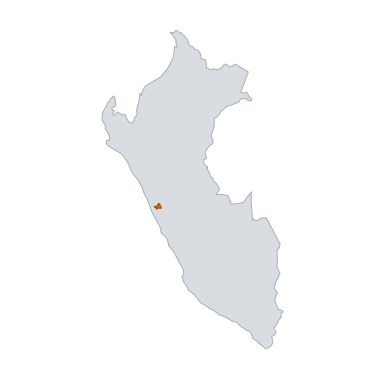 Aija, Áncash, Peru shown in context, rotated 355°
{"feature_id": "86281439B16913171463289", "entity_name": "Aija", "entity_type": "district", "adm_level": 2, "iso_a3": "PER", "parent_name": "Peru", "parent_adm1": "Áncash", "projection": "equal_earth", "projection_center": [-77.714, -9.768], "detail": "fine", "context": "in_parent", "style": "filled", "palette": "amber", "viewbox_px": 384, "rotation_deg": 355, "n_neighbors": 0, "source": "geoboundaries", "source_scale": "gbopen_adm2", "svg_char_len": 5030}
<svg xmlns="http://www.w3.org/2000/svg" viewBox="0 0 384 384"><g transform="rotate(355 192 192)"><path d="M259.5,104.7L259.4,105.9L258.4,106.4L257.4,105.6L255.9,105.9L253.7,103.2L248.5,103.6L246.2,106.8L242.7,107.4L238.9,108.9L234.6,109.5L227.8,114.5L226.3,116.6L223.2,119.6L220.7,120.6L219.5,129.7L217.0,135.0L216.1,138.0L217.4,142.4L217.3,144.5L216.0,146.3L214.8,146.5L212.5,148.3L209.1,152.4L208.5,155.5L209.6,159.6L209.2,160.0L206.3,160.8L206.4,163.1L205.8,164.0L208.2,167.2L209.6,168.0L209.6,168.8L209.4,169.7L208.9,170.0L208.8,170.7L210.5,173.2L211.8,178.0L214.3,180.4L214.3,182.0L215.0,183.5L216.3,184.7L219.3,189.5L219.4,191.8L216.2,197.0L221.4,197.0L227.1,198.7L227.9,199.6L228.6,201.9L228.7,203.4L229.8,204.7L229.7,207.5L237.3,207.5L242.1,206.8L250.1,198.2L251.4,197.4L250.7,199.3L250.6,200.7L251.0,202.2L250.1,204.3L249.8,225.4L251.3,224.2L253.1,226.2L254.5,226.3L258.8,223.9L263.9,224.3L275.3,251.8L274.3,253.6L274.3,255.0L272.9,256.2L271.4,258.4L271.2,269.3L269.9,272.6L270.6,274.3L271.2,277.8L272.2,279.8L272.5,281.2L272.4,281.7L270.7,282.9L270.6,284.8L267.6,288.7L267.1,291.3L266.0,292.2L265.7,295.1L268.3,299.9L266.6,302.8L264.9,307.0L267.5,315.9L268.5,317.2L269.7,317.1L271.4,317.9L272.3,319.3L270.1,320.9L269.8,321.7L269.9,324.6L267.5,326.8L264.3,332.4L263.5,332.7L261.9,334.3L261.6,335.2L261.9,336.0L263.2,337.6L263.3,339.7L261.0,342.2L259.4,342.5L258.8,343.1L259.4,346.6L259.4,348.1L258.9,349.9L257.7,351.9L254.3,354.0L251.3,354.3L246.2,349.2L244.6,347.1L239.5,342.8L238.8,338.2L237.1,336.0L233.9,334.3L231.5,332.0L229.6,330.9L225.0,325.7L220.8,324.1L212.9,318.7L208.7,316.9L203.2,311.8L200.3,310.4L198.0,308.1L190.8,303.0L189.7,301.4L188.6,298.9L187.0,297.4L185.2,294.0L182.6,292.0L180.0,289.3L176.9,282.2L175.4,280.5L175.3,277.3L174.3,275.8L175.8,274.7L176.8,269.6L176.3,267.1L172.6,260.3L171.9,257.4L169.3,252.2L168.3,249.0L166.2,246.8L165.3,244.8L164.1,243.9L164.0,241.5L163.2,236.9L162.1,234.6L157.8,230.3L157.4,225.6L156.4,222.3L150.5,209.0L147.1,196.3L144.2,189.1L143.0,185.0L142.9,182.9L140.7,179.1L139.6,175.6L134.7,168.9L131.9,161.5L131.5,159.3L129.6,155.2L126.5,149.9L125.0,147.8L115.7,141.3L111.3,137.2L110.8,135.2L111.0,134.0L112.0,132.9L113.3,133.7L114.1,133.4L114.7,131.9L114.7,129.7L113.9,126.9L110.9,121.3L111.7,118.9L108.7,112.5L109.4,106.3L110.1,104.7L114.6,98.4L115.8,95.7L117.7,94.0L119.7,91.5L122.1,89.6L122.8,90.2L123.5,93.6L123.4,95.8L124.0,98.3L122.4,100.6L120.6,100.1L119.9,100.7L119.6,101.7L119.9,103.5L120.4,104.2L121.7,104.2L119.9,107.5L120.1,108.2L121.3,108.8L122.5,107.9L123.8,106.1L124.6,105.8L129.1,109.0L131.2,108.6L132.8,110.1L133.0,112.5L135.3,117.1L138.7,118.2L139.2,117.8L140.0,116.1L140.8,115.8L140.9,113.3L143.8,110.5L144.3,108.7L143.9,107.4L143.9,106.3L145.6,100.3L146.2,99.6L146.7,97.7L147.4,96.5L148.4,89.7L149.2,89.8L149.9,91.4L150.8,90.9L150.4,89.4L150.5,88.9L153.8,83.5L154.8,82.3L170.5,74.8L178.3,67.1L185.2,56.3L187.4,45.5L188.2,46.2L189.5,46.0L189.0,41.6L189.3,39.5L189.3,38.9L187.1,36.3L186.3,33.4L184.4,31.8L184.5,31.1L186.5,31.7L188.3,31.5L189.8,29.7L190.9,29.8L193.5,32.3L195.4,32.5L196.0,34.3L197.9,35.6L200.5,39.3L201.7,43.4L201.6,44.2L202.8,46.3L205.3,47.3L207.9,50.4L210.5,51.3L211.7,54.0L212.4,54.9L212.8,56.4L212.4,58.3L212.8,59.2L214.7,60.9L216.4,60.9L216.7,61.7L217.7,66.2L217.0,68.5L217.3,69.7L219.5,70.8L220.1,71.8L221.8,72.0L224.3,71.0L227.4,72.4L229.7,71.9L230.8,71.5L231.9,70.5L232.8,70.6L235.2,67.7L235.9,67.5L238.5,68.7L240.6,70.7L243.3,70.3L244.4,69.1L246.3,68.4L249.8,70.8L250.6,72.0L251.5,72.2L255.2,74.6L255.9,75.6L257.9,76.5L258.3,77.3L258.2,78.1L249.3,96.6L252.1,98.1L254.6,97.2L255.9,98.4L256.9,101.4L258.9,103.4L259.5,104.7Z" fill="#d9dde1" stroke="#a8b0b8" stroke-width="1"/><path d="M159.1,202.8L159.0,202.7L159.0,202.4L158.9,202.4L159.0,202.3L159.0,202.2L158.9,202.0L158.8,201.9L158.7,201.8L158.7,201.7L158.4,201.5L158.4,201.4L158.3,201.2L158.2,201.0L158.1,200.9L158.0,200.7L157.9,200.7L157.9,200.8L157.7,201.0L157.5,201.3L157.4,201.4L157.4,201.5L157.4,201.8L157.2,201.9L157.1,202.0L156.9,202.1L156.8,201.9L156.7,202.0L156.5,202.3L156.5,202.5L156.5,202.8L156.4,202.8L156.3,203.0L156.2,203.2L156.2,203.3L156.2,203.5L155.9,203.7L155.9,203.8L155.7,203.8L155.7,203.7L155.5,203.8L155.4,203.7L155.2,203.5L155.2,203.4L154.9,203.3L154.7,203.2L154.6,203.3L154.4,203.3L154.2,203.4L153.9,203.3L153.7,203.4L153.5,203.5L153.7,203.8L153.8,203.9L153.8,204.0L154.0,204.1L154.2,204.3L154.3,204.3L154.4,204.2L154.5,204.2L154.8,204.1L154.9,204.3L155.0,204.3L155.2,204.5L155.1,204.8L155.2,205.0L155.2,205.3L155.2,205.5L155.3,205.8L155.5,205.8L155.8,205.7L156.0,205.5L156.1,205.4L156.1,205.2L156.3,205.0L156.3,204.9L156.4,204.7L156.5,204.7L156.8,204.5L156.9,204.8L157.0,204.8L157.3,205.0L157.5,205.0L157.6,204.9L157.8,204.9L157.9,205.1L158.0,205.1L158.3,205.0L158.5,205.0L158.8,205.1L159.0,205.1L159.3,205.1L159.5,205.1L159.8,205.2L159.8,204.9L159.8,204.7L159.7,204.6L159.7,204.4L159.7,204.2L159.5,203.9L159.4,203.9L159.3,203.7L159.3,203.4L159.2,203.4L159.2,203.2L159.1,202.8L159.1,202.8Z" fill="#f59e0b" stroke="#b45309" stroke-width="1.5"/></g></svg>